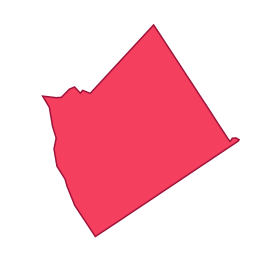 Panola, Texas, United States of America, rotated 327°
{"feature_id": "52423323B10240344188589", "entity_name": "Panola", "entity_type": "district", "adm_level": 2, "iso_a3": "USA", "parent_name": "United States of America", "parent_adm1": "Texas", "projection": "orthographic", "projection_center": [-94.242, 32.184], "detail": "fine", "context": "isolated", "style": "filled", "palette": "rose", "viewbox_px": 256, "rotation_deg": 327, "n_neighbors": 0, "source": "geoboundaries", "source_scale": "gbopen_adm2", "svg_char_len": 598}
<svg xmlns="http://www.w3.org/2000/svg" viewBox="0 0 256 256"><g transform="rotate(327 128 128)"><path d="M205.6,55.5L115.2,78.4L110.4,71.7L107.0,72.9L105.5,64.5L100.1,63.5L88.8,66.0L84.3,63.5L73.8,54.8L73.3,67.9L65.6,85.6L62.3,97.3L54.5,105.3L47.6,121.4L47.4,136.5L45.1,144.0L41.2,164.0L41.5,201.2L67.7,201.0L213.5,199.0L214.8,198.3L213.1,195.1L209.9,193.4L207.2,194.6L206.2,194.6L206.0,192.2L205.9,172.5L206.0,150.3L205.9,148.4L205.9,144.0L205.9,137.0L205.9,133.9L205.9,123.8L205.8,116.1L205.8,98.2L205.7,65.5L205.7,62.1L205.6,55.5Z" fill="#f43f5e" stroke="#9f1239" stroke-width="1.5"/></g></svg>